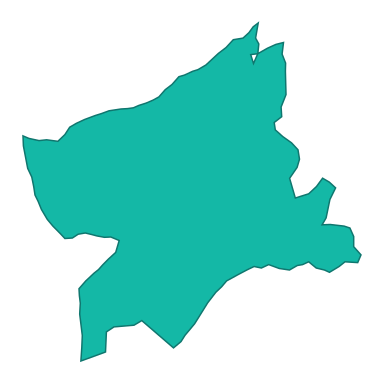 the district of Atalaia, Paraná, Brazil
{"feature_id": "56859067B91834913468512", "entity_name": "Atalaia", "entity_type": "district", "adm_level": 2, "iso_a3": "BRA", "parent_name": "Brazil", "parent_adm1": "Paraná", "projection": "equal_earth", "projection_center": [-52.06, -23.127], "detail": "fine", "context": "isolated", "style": "filled", "palette": "teal", "viewbox_px": 384, "rotation_deg": 0, "n_neighbors": 0, "source": "geoboundaries", "source_scale": "gbopen_adm2", "svg_char_len": 1687}
<svg xmlns="http://www.w3.org/2000/svg" viewBox="0 0 384 384"><path d="M257.8,53.7L258.8,44.0L255.6,38.1L258.2,23.0L253.2,26.8L248.9,32.7L243.0,38.1L233.3,39.7L226.1,47.5L218.4,53.4L205.9,65.0L197.8,69.7L192.6,71.3L184.4,75.1L178.9,76.7L172.0,84.5L165.3,89.6L158.9,96.9L153.1,100.1L146.1,103.1L138.9,105.4L133.4,107.8L127.5,108.6L120.9,109.0L109.0,110.8L101.4,113.6L95.3,115.5L84.6,119.5L76.4,123.3L69.7,127.2L64.9,134.6L57.9,141.3L46.6,139.8L39.0,140.6L28.9,138.4L23.0,135.9L23.4,145.9L27.7,168.4L31.8,177.1L33.8,187.1L35.0,195.0L38.2,201.5L41.4,209.4L47.3,219.4L52.9,226.1L60.5,233.8L64.9,238.5L72.4,238.0L78.2,234.2L85.3,233.0L91.6,234.5L96.8,235.9L104.4,237.3L110.8,237.0L119.2,240.5L115.7,252.4L108.4,259.1L102.6,265.0L98.5,269.6L94.0,273.2L85.8,280.9L79.0,288.7L79.4,295.8L80.3,303.2L79.7,314.0L82.3,335.5L81.8,347.5L80.9,361.0L105.5,352.0L106.4,331.9L114.0,326.9L134.0,325.2L141.8,320.6L173.5,347.9L181.0,341.6L185.0,335.3L194.6,323.8L198.3,317.9L207.7,302.8L215.8,292.3L221.6,286.8L226.6,280.9L237.9,274.7L247.4,269.7L254.1,266.5L261.4,268.0L268.7,264.6L279.3,268.5L289.5,270.0L297.3,265.5L302.6,264.6L308.7,261.8L316.2,268.0L324.4,270.0L329.5,272.3L339.1,266.5L345.0,261.8L357.7,262.6L361.0,254.9L353.7,246.7L353.7,236.5L349.9,228.0L344.1,226.1L330.2,224.5L322.1,224.8L326.1,217.9L329.9,199.5L335.6,187.9L329.3,182.1L322.6,178.2L316.5,186.5L308.7,193.8L295.3,198.0L289.6,178.3L297.1,167.4L299.5,159.2L298.0,149.8L291.5,142.8L282.8,136.6L275.3,129.9L274.2,122.5L281.7,116.7L281.1,107.0L286.0,94.6L285.4,71.3L285.6,63.1L282.1,54.1L283.5,42.5L275.9,44.4L267.5,48.2L257.8,53.7ZM257.8,53.7L253.5,63.5L250.7,54.6L257.8,53.7Z" fill="#14b8a6" stroke="#0f766e" stroke-width="1.5"/></svg>